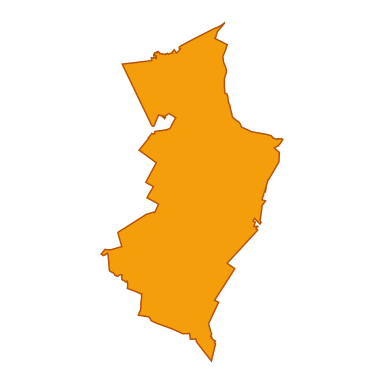 outline of San Nicolás Buenos Aires, Puebla, Mexico
{"feature_id": "50627088B47100083140695", "entity_name": "San Nicolás Buenos Aires", "entity_type": "district", "adm_level": 2, "iso_a3": "MEX", "parent_name": "Mexico", "parent_adm1": "Puebla", "projection": "natural_earth1", "projection_center": [-97.501, 19.221], "detail": "fine", "context": "isolated", "style": "filled", "palette": "amber", "viewbox_px": 384, "rotation_deg": 0, "n_neighbors": 0, "source": "geoboundaries", "source_scale": "gbopen_adm2", "svg_char_len": 5787}
<svg xmlns="http://www.w3.org/2000/svg" viewBox="0 0 384 384"><path d="M211.4,361.0L212.4,356.7L212.7,355.9L212.8,355.4L213.2,353.5L214.6,347.5L215.2,345.5L215.4,344.6L215.5,344.1L215.5,343.6L215.3,343.6L214.4,342.8L214.7,342.2L215.3,341.0L213.3,339.7L211.5,338.1L211.9,337.3L210.5,336.5L211.7,334.5L208.5,323.8L217.6,304.4L218.1,303.3L218.7,302.3L214.6,300.3L226.7,281.4L228.1,279.1L232.4,272.4L234.8,268.6L230.9,266.0L227.2,263.3L228.9,261.3L231.3,258.8L231.9,258.0L233.4,256.5L233.9,255.9L234.4,255.4L236.7,252.9L238.4,251.0L238.9,250.6L246.4,242.3L248.6,239.9L248.6,240.0L252.7,235.5L253.4,234.8L255.8,232.2L257.7,230.1L256.0,228.3L257.9,226.3L257.7,226.2L254.9,226.4L253.9,226.5L255.3,222.1L253.1,221.0L254.6,218.5L260.0,224.1L261.1,222.3L260.2,220.7L260.3,220.2L260.3,219.9L261.6,209.8L261.8,208.8L261.8,208.1L261.9,207.6L261.9,206.7L262.1,205.8L262.0,205.7L262.6,204.9L265.5,200.9L262.0,199.8L262.5,198.1L263.2,196.1L263.4,195.6L263.5,195.2L263.6,194.9L263.7,194.3L264.0,193.1L264.3,192.1L264.5,191.6L264.8,191.8L265.2,192.0L265.3,191.7L265.5,191.4L265.5,191.0L265.6,190.8L265.4,190.3L265.4,190.0L265.2,189.5L265.4,188.9L265.9,189.2L266.0,188.9L265.6,188.7L266.1,187.9L265.7,187.7L265.9,187.1L266.5,185.3L266.6,184.7L266.9,183.8L268.2,179.7L268.4,179.8L268.5,179.8L277.1,165.1L277.4,164.6L278.9,162.0L279.1,158.3L279.3,154.2L279.4,153.9L279.3,153.3L279.3,152.9L279.4,152.4L276.1,149.6L274.4,148.0L276.1,147.0L277.1,146.1L278.6,145.9L278.6,145.2L280.2,143.6L282.8,139.5L281.6,138.5L280.6,139.1L280.1,139.0L279.7,138.9L279.2,139.0L278.6,138.6L277.7,138.7L277.4,138.9L277.3,139.4L272.9,138.0L272.8,137.3L272.1,136.9L271.5,136.0L270.6,135.6L269.6,135.2L268.6,134.9L267.7,134.7L266.5,134.4L251.9,131.8L241.4,127.0L240.9,125.7L240.4,124.3L239.7,123.0L238.6,121.9L236.5,120.5L232.9,117.5L232.1,115.6L231.8,113.9L231.2,111.9L230.7,110.0L230.5,108.6L229.7,104.9L228.6,102.6L228.2,100.9L227.8,96.4L226.9,94.1L226.3,93.5L225.1,93.3L224.9,92.4L224.4,86.5L224.4,80.5L224.5,78.2L226.4,72.3L226.5,71.1L226.2,69.7L225.9,68.3L225.3,66.2L224.6,64.7L223.8,62.9L223.4,61.3L223.2,58.6L222.8,56.4L223.6,54.8L224.7,52.0L225.8,49.2L226.4,47.3L226.8,45.8L227.3,44.7L214.9,38.4L215.8,36.9L216.5,34.5L216.9,33.0L217.2,32.0L217.7,31.3L218.6,30.2L219.9,28.7L221.1,27.3L221.7,26.5L223.0,25.1L224.3,23.3L224.3,23.0L222.3,24.6L220.1,25.9L217.8,27.2L217.7,27.2L215.3,28.1L214.1,28.7L213.7,28.8L201.0,35.3L196.6,37.6L194.6,38.5L191.5,40.2L189.1,41.4L184.7,43.8L180.7,46.0L179.3,47.1L179.1,48.1L180.5,48.9L176.7,53.0L176.3,52.8L175.0,50.8L174.2,49.7L172.2,52.2L172.6,53.1L170.3,53.3L168.4,54.4L167.7,53.3L165.5,54.3L165.4,54.0L162.8,54.4L162.5,53.8L162.0,53.7L159.7,53.7L159.6,52.8L158.1,51.5L156.6,52.0L157.1,52.7L156.7,52.9L154.6,52.9L154.6,54.1L154.2,54.1L153.9,54.2L153.8,54.3L153.7,55.6L156.4,56.0L156.3,58.5L155.4,58.2L154.9,57.5L153.7,57.5L153.2,58.1L151.4,57.7L151.7,60.6L150.3,60.7L149.0,60.9L127.9,63.5L122.2,64.1L127.6,75.3L142.2,105.8L146.2,113.9L150.8,123.5L151.1,124.2L152.0,125.6L152.4,126.1L152.7,126.2L153.0,126.3L153.4,126.2L153.6,126.1L153.9,125.9L154.2,125.7L154.6,124.7L157.0,118.7L157.8,117.0L158.2,115.9L158.5,114.9L158.7,115.0L161.1,115.8L161.3,115.6L161.9,115.7L163.2,117.4L163.3,117.4L163.9,117.9L164.4,118.6L165.2,117.5L165.6,117.2L164.2,116.3L166.8,115.1L167.9,114.1L168.9,113.5L169.5,113.9L171.7,115.1L171.8,115.2L172.8,115.9L173.7,116.6L175.8,117.8L174.6,119.7L172.5,123.4L171.8,124.9L170.7,127.4L169.1,128.9L168.3,129.1L167.8,129.3L166.7,129.7L166.4,130.1L166.0,129.9L164.6,130.0L162.8,130.4L159.7,130.8L158.0,131.1L156.2,131.2L155.1,131.4L154.8,131.9L154.5,132.6L154.4,133.1L154.5,133.4L154.7,133.7L154.2,133.8L153.3,133.9L152.2,133.8L151.7,133.5L151.5,133.9L150.6,135.2L150.4,135.4L149.0,137.2L148.4,137.9L148.8,138.1L139.1,150.2L142.2,152.4L149.4,157.7L152.7,160.1L156.3,162.8L149.8,174.8L145.8,182.4L149.6,184.5L151.8,185.6L153.4,186.6L151.8,189.4L150.5,191.5L149.0,194.1L147.0,197.8L154.3,201.7L158.6,204.1L158.0,205.4L156.3,209.1L155.4,211.1L154.7,212.6L153.9,212.1L145.5,214.6L145.3,215.0L140.9,217.8L127.5,226.3L125.1,227.9L121.8,229.9L119.2,231.5L117.9,232.4L118.2,234.1L121.8,246.6L110.3,249.9L107.4,249.7L104.9,249.4L102.8,252.1L101.2,254.2L102.1,254.7L103.3,255.6L105.0,254.9L105.9,254.4L106.1,254.0L106.3,253.9L106.5,253.5L106.7,253.4L106.8,253.3L107.0,253.1L107.4,253.0L107.5,253.1L107.7,253.4L107.8,253.7L108.0,254.0L108.7,261.4L108.8,261.6L108.7,262.2L108.9,263.0L108.8,263.3L109.1,267.4L109.1,267.9L109.1,268.6L109.1,269.0L109.2,269.4L109.4,269.8L109.5,270.2L110.0,271.2L110.1,271.5L110.3,271.6L111.1,271.7L112.2,272.5L113.0,272.7L114.3,274.0L114.7,274.5L114.9,275.3L115.9,275.7L116.7,275.7L117.1,276.3L118.4,275.9L118.9,275.5L119.3,274.9L119.6,274.8L120.3,274.8L121.0,274.7L121.5,274.7L122.0,275.0L122.2,275.4L121.7,276.0L121.6,277.4L121.7,278.1L121.9,278.6L121.8,279.2L122.3,279.9L124.8,280.9L125.0,281.6L125.9,282.0L126.5,282.1L126.7,281.7L127.1,281.2L127.2,280.7L127.3,280.5L127.3,280.4L127.7,284.8L127.5,288.0L127.4,288.5L134.7,291.1L140.7,293.8L141.8,293.8L141.5,295.3L141.6,295.9L141.6,297.7L140.9,303.1L140.8,303.6L140.7,304.2L140.9,304.5L141.0,305.0L140.9,306.6L140.8,307.1L140.8,307.3L140.9,307.6L140.8,308.1L140.7,309.5L140.6,309.8L140.5,310.2L140.2,310.8L140.0,311.0L139.7,311.8L139.4,312.2L139.0,313.5L139.0,314.0L138.9,314.2L138.3,315.1L138.7,315.3L140.3,315.5L143.3,316.0L148.8,316.8L149.0,316.9L149.1,317.1L150.7,319.5L150.8,319.7L150.9,320.2L151.0,320.6L156.5,323.2L157.6,323.7L159.3,324.2L165.0,326.3L171.7,328.7L173.1,329.3L175.7,330.5L178.3,331.6L183.0,333.8L189.7,333.5L190.0,336.2L190.1,337.2L190.1,337.7L190.2,338.8L190.3,339.2L196.0,339.0L196.2,341.0L197.5,343.2L198.9,345.0L204.1,351.8L205.9,354.0L206.5,354.7L207.1,355.5L207.7,356.2L209.3,358.4L210.3,359.5L210.8,360.2L211.4,361.0Z" fill="#f59e0b" stroke="#b45309" stroke-width="1.5"/></svg>